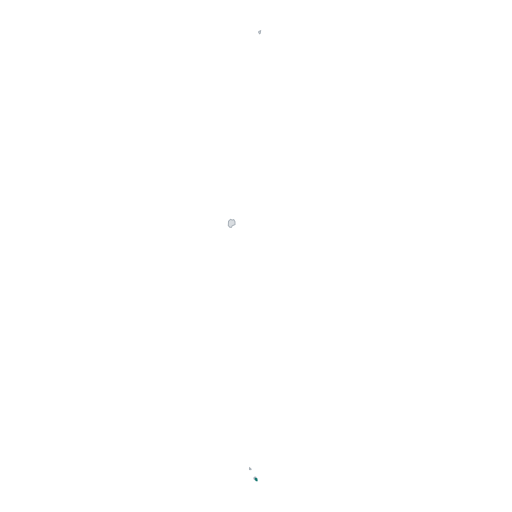 location of Polle, Federated States of Micronesia, rotated 261°
{"feature_id": "79324940B78067123130515", "entity_name": "Polle", "entity_type": "district", "adm_level": 2, "iso_a3": "FSM", "parent_name": "Federated States of Micronesia", "parent_adm1": "", "projection": "albers", "projection_center": [151.586, 7.337], "detail": "fine", "context": "in_parent", "style": "filled", "palette": "teal", "viewbox_px": 512, "rotation_deg": 261, "n_neighbors": 0, "source": "geoboundaries", "source_scale": "gbopen_adm2", "svg_char_len": 1045}
<svg xmlns="http://www.w3.org/2000/svg" viewBox="0 0 512 512"><g transform="rotate(261 256 256)"><path d="M295.4,239.7L293.2,240.6L290.4,240.2L289.5,237.1L288.2,236.3L288.4,234.7L290.4,233.4L294.6,234.3L296.2,236.6L295.2,238.1L295.4,239.7ZM37.7,220.9L37.4,221.4L35.0,221.2L34.7,220.9L34.9,220.7L36.0,220.5L36.2,219.8L35.6,219.6L36.1,219.2L37.0,219.2L37.6,219.6L37.8,220.3L37.7,220.9ZM477.3,293.9L477.8,295.8L475.3,295.0L474.9,294.3L476.4,293.6L477.3,293.9ZM46.7,217.6L46.1,217.8L45.8,217.6L45.9,216.6L46.1,216.2L46.8,216.2L47.9,216.5L46.7,217.6Z" fill="#d9dde1" stroke="#a8b0b8" stroke-width="1"/><path d="M35.7,220.7L35.6,220.8L35.4,220.9L35.2,220.9L35.1,221.0L34.9,221.0L34.7,221.0L34.4,221.1L34.2,221.2L34.2,221.3L34.2,221.5L34.3,221.5L34.3,221.4L34.5,221.3L34.7,221.5L34.8,221.5L35.0,221.5L34.9,221.6L35.0,221.6L34.9,221.7L35.0,221.7L35.3,221.6L35.4,221.8L35.5,221.8L35.5,221.7L35.8,221.5L35.8,221.4L35.9,221.2L36.0,221.2L36.1,220.9L36.2,220.7L35.9,220.6L35.7,220.7L35.7,220.7Z" fill="#14b8a6" stroke="#0f766e" stroke-width="1.5"/></g></svg>